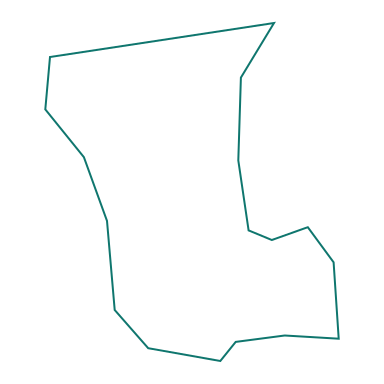 the border of Għasri
{"feature_id": "MLT-5976", "entity_name": "Għasri", "entity_type": "state/province", "adm_level": 1, "iso_a3": "MLT", "parent_name": "Malta", "parent_adm1": "", "projection": "orthographic", "projection_center": [14.227, 36.06], "detail": "fine", "context": "isolated", "style": "outline", "palette": "teal", "viewbox_px": 384, "rotation_deg": 0, "n_neighbors": 0, "source": "natural_earth", "source_scale": "10m", "svg_char_len": 335}
<svg xmlns="http://www.w3.org/2000/svg" viewBox="0 0 384 384"><path d="M50.0,57.0L274.0,23.0L240.9,77.6L238.3,160.4L248.6,230.4L271.8,240.0L307.8,227.2L333.6,262.3L338.7,338.7L284.7,335.5L235.7,341.9L220.3,361.0L148.2,348.2L114.7,310.0L107.0,220.9L83.9,157.2L45.3,109.4L50.0,57.0Z" fill="none" stroke="#0f766e" stroke-width="2"/></svg>